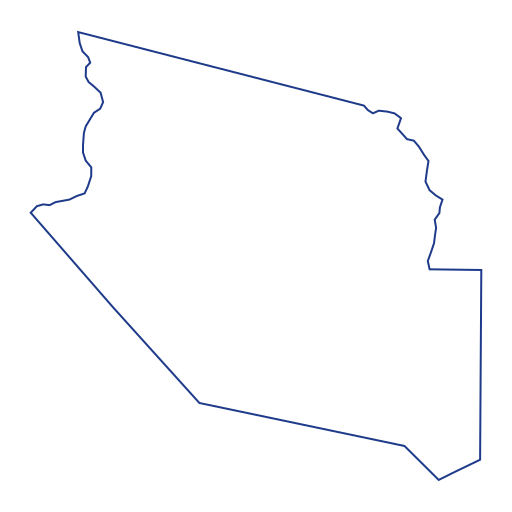 Pendências, Rio Grande do Norte, Brazil (Albers equal-area conic projection)
{"feature_id": "56859067B61214464369559", "entity_name": "Pendências", "entity_type": "district", "adm_level": 2, "iso_a3": "BRA", "parent_name": "Brazil", "parent_adm1": "Rio Grande do Norte", "projection": "albers", "projection_center": [-36.63, -5.294], "detail": "fine", "context": "isolated", "style": "outline", "palette": "blue", "viewbox_px": 512, "rotation_deg": 0, "n_neighbors": 0, "source": "geoboundaries", "source_scale": "gbopen_adm2", "svg_char_len": 883}
<svg xmlns="http://www.w3.org/2000/svg" viewBox="0 0 512 512"><path d="M480.1,459.7L481.3,270.0L429.6,269.3L427.8,261.0L431.0,252.2L434.0,243.3L434.9,236.1L436.1,227.8L434.7,219.7L439.4,213.0L439.9,207.4L442.5,199.6L435.9,195.5L429.6,190.2L425.5,181.6L426.9,170.9L428.5,161.0L424.2,155.1L419.0,146.8L413.9,140.7L406.9,139.1L402.5,134.1L397.4,128.5L401.0,118.2L394.6,113.4L387.3,111.6L378.8,110.7L372.9,113.3L367.9,110.1L363.9,105.6L78.2,32.1L79.7,43.1L82.5,51.4L88.1,57.1L90.2,62.7L86.0,67.1L85.7,76.6L88.6,82.0L93.9,86.4L100.6,92.7L103.1,102.1L100.2,108.7L93.9,112.8L85.7,126.4L83.9,133.0L83.0,145.3L83.0,152.5L85.7,160.6L91.3,167.4L91.2,176.2L87.8,186.6L84.6,193.4L76.8,196.0L69.4,199.6L55.6,202.1L49.7,205.1L43.1,204.4L36.9,206.2L30.7,212.7L112.5,306.7L199.4,403.0L404.5,446.0L438.7,479.9L452.0,473.3L458.5,470.1L480.1,459.7Z" fill="none" stroke="#1e3a8a" stroke-width="2"/></svg>